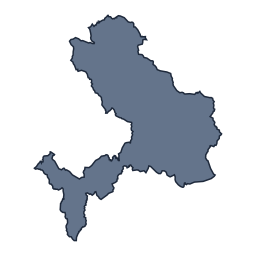 Mueang Kanchanaburi, Kanchanaburi, Thailand (Natural Earth projection)
{"feature_id": "78962969B12534371599047", "entity_name": "Mueang Kanchanaburi", "entity_type": "district", "adm_level": 2, "iso_a3": "THA", "parent_name": "Thailand", "parent_adm1": "Kanchanaburi", "projection": "natural_earth1", "projection_center": [99.271, 14.051], "detail": "fine", "context": "isolated", "style": "filled", "palette": "slate", "viewbox_px": 256, "rotation_deg": 0, "n_neighbors": 0, "source": "geoboundaries", "source_scale": "gbopen_adm2", "svg_char_len": 5763}
<svg xmlns="http://www.w3.org/2000/svg" viewBox="0 0 256 256"><path d="M145.4,36.6L142.8,36.8L142.1,36.4L141.9,36.8L141.0,36.8L140.5,36.1L140.2,34.5L137.7,29.8L135.3,27.0L133.8,26.9L133.7,23.7L132.9,22.5L131.9,22.1L130.5,22.5L128.2,21.9L124.3,17.7L120.3,16.0L118.4,15.7L116.6,16.9L116.6,17.7L115.6,17.5L114.4,18.7L114.0,18.4L112.6,18.9L111.7,18.3L110.6,16.8L108.6,16.6L108.2,15.4L107.5,15.5L107.1,16.4L104.8,18.3L104.4,19.8L102.6,20.2L100.2,21.6L98.8,21.3L99.3,22.5L99.0,22.9L98.0,22.9L97.3,22.3L95.9,25.2L95.3,25.0L94.0,26.4L92.3,24.1L90.6,26.9L88.5,27.6L89.8,29.3L90.7,33.3L91.1,36.0L90.7,37.7L90.9,39.2L92.1,41.2L94.1,42.3L94.4,42.9L94.1,43.6L92.2,43.5L90.1,42.5L88.7,43.0L82.7,40.6L81.0,40.8L78.6,38.8L75.5,37.6L73.2,39.1L71.0,39.5L69.5,41.2L71.1,44.6L73.4,46.7L73.7,48.8L73.2,51.6L73.1,55.1L72.3,56.3L72.3,58.2L70.8,60.3L73.0,62.2L73.3,63.7L74.5,65.3L76.1,69.7L77.7,69.4L77.7,70.7L78.1,71.3L81.5,70.3L85.7,71.8L87.3,74.2L88.1,77.6L89.2,78.1L89.7,79.3L90.8,79.2L91.6,80.1L91.6,81.9L91.2,82.6L92.5,84.0L91.6,85.1L91.4,86.0L92.8,87.6L93.6,89.9L94.5,90.5L95.3,92.8L97.7,93.4L99.0,95.5L99.9,95.9L101.4,97.5L101.5,99.4L102.3,101.7L101.9,104.9L105.6,109.8L105.4,110.3L106.0,111.3L105.7,113.1L107.2,113.1L108.6,111.3L109.7,110.8L111.5,108.9L111.8,108.1L112.6,108.2L114.2,109.9L115.1,112.8L116.0,113.6L115.4,114.8L116.1,115.9L119.8,117.7L121.3,117.9L121.7,118.6L123.6,119.1L127.5,121.6L131.6,122.4L131.8,123.8L131.1,124.7L131.8,126.2L131.2,128.1L131.3,129.6L131.6,130.4L133.0,131.5L131.9,133.2L132.6,134.8L131.5,137.1L131.8,139.0L130.7,140.6L130.4,142.9L130.1,143.0L129.5,142.2L126.2,142.7L124.9,143.3L122.3,147.8L120.8,152.4L118.5,153.9L119.0,155.6L118.8,157.9L119.2,160.5L118.4,160.5L118.1,160.0L118.4,159.8L117.1,157.9L116.8,158.4L116.0,158.4L116.3,157.3L115.7,157.3L115.5,155.9L114.7,155.6L114.2,155.6L114.2,156.2L112.8,157.1L112.6,157.7L113.0,158.4L111.8,160.5L111.7,160.2L110.5,160.6L110.4,159.7L109.3,159.7L109.1,157.8L108.3,156.9L108.3,156.0L107.5,155.0L106.1,154.7L104.9,155.6L101.4,156.2L99.2,158.6L95.6,160.5L91.7,165.5L89.1,167.6L85.0,167.4L84.7,169.7L83.6,171.1L83.3,172.5L84.1,174.1L84.2,177.1L81.6,177.4L79.4,179.0L72.4,174.9L69.6,171.6L66.6,169.9L65.4,170.1L64.2,168.3L63.4,168.3L61.5,169.8L58.8,168.7L54.7,161.2L52.6,159.5L52.0,158.4L52.8,155.7L54.0,155.3L54.5,154.5L50.7,151.9L50.2,151.9L50.1,153.7L47.9,155.7L44.1,156.0L43.1,157.2L43.1,159.0L42.6,159.5L43.1,160.5L43.0,161.8L42.0,161.9L41.5,162.9L41.1,161.2L40.2,161.4L39.7,162.5L38.4,163.6L36.4,166.6L34.4,168.2L35.4,169.1L37.6,168.7L39.2,169.4L40.0,169.1L40.9,170.0L42.0,170.0L43.3,171.2L43.9,172.9L45.4,174.3L47.1,174.7L47.5,177.0L49.3,179.7L49.2,183.1L50.0,184.0L51.3,184.2L52.7,186.2L52.9,188.2L54.1,189.2L54.9,188.8L55.7,189.3L57.2,189.2L58.5,190.0L61.0,188.8L62.0,187.8L62.7,188.3L63.2,189.3L63.1,190.9L63.9,194.8L63.5,197.6L63.9,198.8L63.8,199.2L62.7,199.0L62.2,200.9L61.5,201.6L61.1,203.0L60.6,203.4L60.2,209.8L61.2,211.3L62.8,212.4L65.0,212.5L65.5,214.9L65.1,216.6L65.6,218.0L66.4,218.8L67.1,218.7L67.4,219.4L67.6,222.9L66.1,225.9L66.2,227.8L66.8,229.1L66.4,230.4L67.5,232.1L67.6,233.1L67.4,234.5L69.4,236.7L71.2,236.8L72.6,239.1L74.2,240.6L76.3,240.6L76.5,237.3L78.1,233.4L78.9,232.5L78.8,231.6L80.3,230.6L80.8,229.8L80.6,229.4L81.3,229.2L81.5,228.2L82.8,226.8L83.4,227.0L85.0,226.2L85.2,225.2L85.9,224.8L86.2,223.9L85.8,223.1L85.9,221.7L86.2,220.6L85.6,219.2L85.7,217.7L84.0,216.8L84.8,215.0L83.8,213.6L83.9,211.6L85.0,210.1L84.3,208.3L84.8,207.7L84.3,206.5L84.9,205.5L86.0,205.0L85.6,203.4L86.4,202.4L86.1,201.0L86.8,200.6L86.7,199.7L87.3,199.0L87.0,198.1L87.4,196.0L86.4,195.2L85.7,193.4L87.4,192.9L89.7,194.3L90.6,193.9L92.2,195.2L93.8,194.0L95.0,191.9L95.8,191.7L96.9,195.4L98.5,196.7L99.4,198.4L101.1,199.4L107.2,194.9L108.5,193.4L112.7,191.7L113.0,191.4L112.9,189.8L113.7,188.9L113.9,187.7L112.9,186.3L112.1,183.9L115.2,182.5L116.9,181.2L117.1,179.4L117.5,178.4L117.8,178.5L117.6,176.4L117.9,175.6L118.9,174.5L119.8,173.9L120.9,173.9L120.9,173.4L121.5,173.2L121.7,172.0L122.4,171.6L121.9,170.7L123.3,168.8L123.0,166.8L124.3,165.8L126.6,166.3L127.1,167.8L128.4,167.2L128.6,166.5L129.4,166.5L129.3,165.5L130.5,165.0L131.1,165.3L131.4,166.3L132.9,167.5L132.3,169.1L132.8,170.5L136.9,169.9L138.4,170.2L140.2,171.6L144.0,170.7L145.9,172.7L148.2,168.4L148.9,165.9L150.7,166.5L156.5,172.2L158.7,173.6L160.5,173.6L161.3,172.7L162.1,170.8L164.5,170.9L166.2,172.2L167.1,175.1L169.7,176.7L170.4,176.8L174.4,174.8L175.2,176.9L175.1,179.7L175.7,181.7L178.2,184.7L180.4,186.4L182.4,187.2L183.2,187.2L183.9,186.6L184.4,183.2L184.8,182.9L185.3,183.0L185.6,184.2L186.5,184.6L187.4,183.7L189.9,184.0L194.4,182.1L203.2,181.4L211.2,178.6L214.1,176.4L215.1,175.0L213.6,174.1L210.6,168.6L207.9,160.7L207.1,160.4L205.6,158.0L205.8,154.6L206.7,153.4L206.9,152.5L207.9,151.6L208.1,149.5L210.3,146.7L209.9,146.1L210.9,145.5L213.8,146.6L214.8,145.1L216.0,145.3L216.8,143.7L217.1,140.9L219.2,138.6L219.4,136.0L221.1,134.8L221.6,133.9L219.5,131.9L219.3,130.1L217.0,129.1L216.9,127.5L216.4,127.5L216.1,126.5L215.3,126.4L214.2,124.6L214.8,122.3L213.0,119.9L213.0,118.2L210.1,116.6L212.9,112.8L213.3,111.3L214.2,111.1L214.7,109.2L213.7,108.7L213.5,107.5L213.9,105.2L213.3,103.2L214.2,101.6L213.1,100.4L212.6,98.3L211.0,97.5L210.1,97.7L204.4,96.5L200.5,92.8L199.8,91.4L198.1,92.9L197.5,92.5L197.1,93.1L196.2,92.6L194.7,94.4L189.7,93.7L185.1,94.0L184.2,93.8L183.6,92.9L182.1,92.3L179.8,92.7L176.8,90.6L173.3,85.5L172.9,83.0L173.2,82.5L172.2,79.9L172.4,78.4L171.2,76.3L170.7,73.5L166.9,72.0L160.2,70.8L157.2,69.6L156.2,67.2L154.7,65.5L153.1,64.5L153.3,61.7L152.8,60.9L150.6,60.7L146.9,58.1L144.0,57.5L143.1,55.7L142.0,54.6L138.6,54.3L137.9,51.2L138.6,50.4L137.6,46.5L138.2,45.2L142.3,44.1L142.7,42.6L142.8,40.0L144.1,39.4L146.5,39.7L145.3,37.8L145.4,36.6Z" fill="#64748b" stroke="#1e293b" stroke-width="1.5"/></svg>